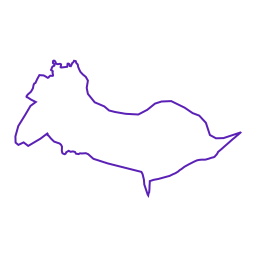 Douentza, Mopti, Mali
{"feature_id": "8926073B88686388091277", "entity_name": "Douentza", "entity_type": "district", "adm_level": 2, "iso_a3": "MLI", "parent_name": "Mali", "parent_adm1": "Mopti", "projection": "natural_earth1", "projection_center": [-2.566, 15.116], "detail": "fine", "context": "isolated", "style": "outline", "palette": "violet", "viewbox_px": 256, "rotation_deg": 0, "n_neighbors": 0, "source": "geoboundaries", "source_scale": "gbopen_adm2", "svg_char_len": 2375}
<svg xmlns="http://www.w3.org/2000/svg" viewBox="0 0 256 256"><path d="M81.6,153.5L85.8,153.2L88.2,154.2L91.0,156.7L93.4,158.8L107.7,163.4L141.4,171.9L142.6,174.2L143.9,179.6L144.3,184.5L147.7,194.6L148.2,195.4L148.4,194.4L148.6,193.3L148.9,192.7L149.2,192.2L149.2,191.7L149.3,190.7L149.4,189.4L149.5,188.3L149.5,187.0L149.6,184.7L149.7,183.5L149.8,181.1L153.8,179.8L158.2,179.0L162.6,177.8L166.6,176.7L169.6,175.9L172.6,174.4L175.4,173.2L177.9,171.7L180.0,169.9L181.4,169.1L184.4,166.8L188.3,164.6L194.2,161.6L196.8,160.4L199.2,159.9L201.1,159.7L203.7,159.7L205.6,159.6L209.0,158.6L211.6,157.7L213.5,157.3L214.7,156.7L215.5,155.6L216.5,154.7L217.2,153.6L217.7,152.8L217.8,152.5L218.0,152.0L221.7,148.9L223.8,147.0L228.4,143.0L232.7,139.2L233.3,138.7L233.7,138.4L234.6,137.7L235.6,136.8L236.2,136.3L237.2,135.4L237.9,134.9L238.9,134.0L239.6,133.4L240.5,132.6L240.4,132.5L223.5,138.1L216.0,138.3L209.9,135.0L205.9,122.8L199.2,115.6L192.6,113.1L184.7,107.7L171.2,101.1L161.6,101.5L155.0,103.6L147.3,109.8L138.3,114.5L125.6,113.8L115.1,112.0L109.1,110.5L104.3,106.4L94.7,102.3L87.9,93.9L86.7,87.9L87.9,80.6L85.8,76.9L83.0,74.6L80.5,72.0L79.3,69.6L78.2,67.0L77.7,64.4L76.4,63.2L75.7,61.1L74.0,60.8L73.4,62.2L72.2,63.1L71.6,64.7L70.8,66.2L69.8,66.0L69.4,64.2L68.5,63.6L67.6,63.7L67.4,65.1L67.4,66.0L67.1,66.8L62.4,67.4L61.1,67.5L60.6,67.2L60.6,66.7L60.9,66.2L60.9,65.6L61.1,64.6L60.8,64.1L60.2,63.9L59.4,63.9L58.5,64.1L57.9,64.1L57.4,64.1L56.8,64.0L55.7,62.9L55.3,61.6L54.6,60.8L53.8,60.6L53.2,60.9L52.9,61.8L53.0,63.1L54.7,64.4L54.4,65.5L54.0,65.9L53.4,66.0L53.1,66.3L52.4,66.7L52.1,67.4L51.7,68.2L51.5,69.0L51.0,69.9L51.2,70.2L51.8,70.4L52.1,70.8L52.7,71.1L52.8,71.7L52.5,72.7L52.9,74.3L53.0,75.6L52.2,75.9L50.3,75.7L49.0,76.8L48.6,77.5L47.7,77.8L45.8,76.6L43.6,75.4L41.5,75.3L39.4,75.1L37.3,78.9L35.4,83.0L34.3,83.5L33.6,84.9L32.9,88.4L30.9,91.8L28.0,94.3L27.3,95.1L26.9,95.7L26.5,96.3L26.6,97.0L27.1,97.3L27.6,97.4L31.2,99.7L35.8,102.0L30.5,105.9L25.0,115.2L18.3,126.0L15.4,136.4L15.6,142.6L18.4,144.9L23.6,142.4L28.2,145.9L40.4,138.7L47.3,133.5L47.7,134.0L47.7,135.2L48.6,135.7L51.1,138.7L54.1,141.6L59.6,143.5L61.0,144.7L62.0,146.7L61.8,150.7L62.1,152.0L62.2,152.7L62.7,153.4L63.8,153.9L64.7,154.2L65.7,153.6L66.2,152.3L68.7,150.8L70.6,151.8L72.9,151.4L75.0,152.0L76.0,153.7L77.4,153.9L78.6,154.1L80.0,153.3L81.6,153.5Z" fill="none" stroke="#5b21b6" stroke-width="2"/></svg>